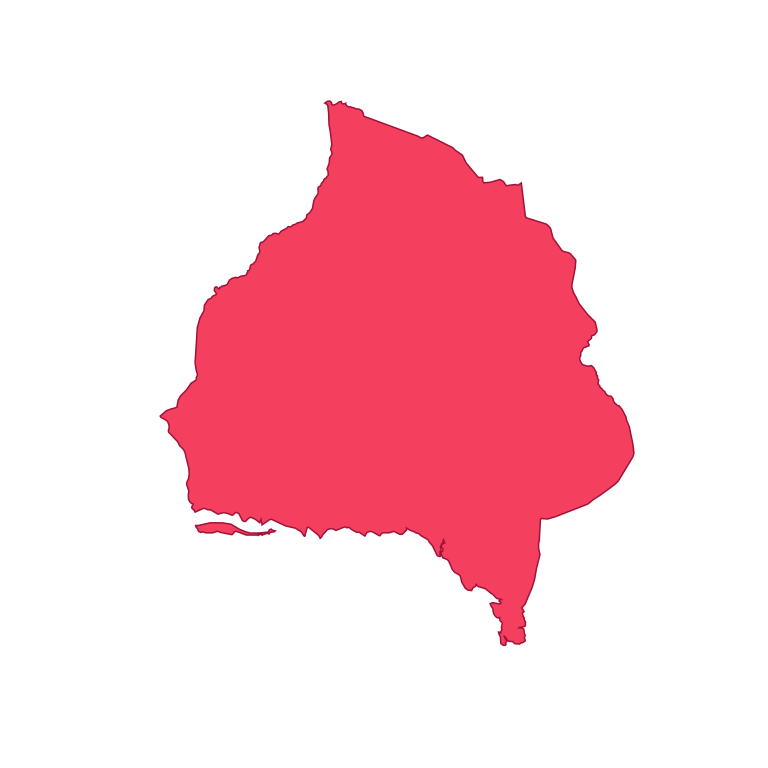 Krakor, Pouthisat, Cambodia (orthographic projection), rotated 164°
{"feature_id": "14789045B13270514327943", "entity_name": "Krakor", "entity_type": "district", "adm_level": 2, "iso_a3": "KHM", "parent_name": "Cambodia", "parent_adm1": "Pouthisat", "projection": "orthographic", "projection_center": [104.201, 12.447], "detail": "fine", "context": "isolated", "style": "filled", "palette": "rose", "viewbox_px": 768, "rotation_deg": 164, "n_neighbors": 0, "source": "geoboundaries", "source_scale": "gbopen_adm2", "svg_char_len": 6161}
<svg xmlns="http://www.w3.org/2000/svg" viewBox="0 0 768 768"><g transform="rotate(164 384 384)"><path d="M600.9,312.9L592.1,314.2L589.9,313.4L588.6,312.0L585.2,310.6L579.6,304.7L573.4,304.5L570.1,302.7L566.2,299.7L565.1,299.8L563.1,301.0L561.2,301.3L559.2,299.3L557.8,291.9L556.6,290.6L555.2,290.0L551.2,292.2L548.7,292.7L545.0,289.4L541.7,284.9L539.6,287.7L540.0,282.2L531.5,285.1L529.5,285.0L517.7,274.7L508.9,269.8L504.4,264.9L503.6,263.0L503.2,261.0L502.5,259.6L501.6,259.8L501.6,260.5L497.3,267.3L495.8,266.8L489.1,257.3L488.2,255.4L487.9,253.2L486.7,253.7L484.3,256.0L482.3,257.3L478.6,259.5L477.0,259.8L473.3,259.1L470.6,256.5L460.9,257.5L459.6,256.1L457.2,255.8L454.9,252.6L451.0,248.9L449.0,248.6L444.3,243.1L441.8,245.7L438.6,246.3L436.2,245.4L430.3,239.4L429.5,239.3L427.9,240.7L426.3,241.3L420.1,239.5L415.1,239.6L410.4,235.2L408.1,234.5L407.3,234.7L402.5,237.4L402.1,239.4L399.0,236.0L395.8,233.7L394.1,231.9L391.9,230.7L390.3,228.1L384.5,222.0L384.0,219.5L382.0,215.0L380.2,204.6L379.2,203.5L377.7,202.7L377.1,203.1L377.0,205.3L376.2,207.7L375.0,208.2L374.6,212.3L371.7,215.1L370.7,215.4L370.3,217.3L369.7,217.9L369.5,214.3L371.2,214.5L373.1,212.9L373.9,211.6L374.0,210.8L372.7,209.5L373.7,207.2L375.6,206.5L375.9,205.3L375.6,201.9L375.2,200.5L372.0,198.2L371.2,197.2L370.6,195.6L369.5,187.2L368.7,185.0L367.9,183.4L364.8,180.4L363.6,178.3L363.9,172.2L362.1,165.1L360.2,162.8L356.7,161.2L355.2,163.3L352.0,164.3L350.4,165.9L350.1,164.5L349.1,163.2L343.0,159.3L339.0,153.5L337.5,152.0L335.4,147.8L334.2,146.3L331.6,145.4L330.6,144.4L332.4,144.3L333.3,143.7L332.5,142.3L331.7,141.8L332.4,140.7L334.2,141.0L339.6,143.8L342.5,143.7L342.4,141.8L341.3,137.6L341.8,135.7L341.8,133.1L341.3,130.7L340.0,128.5L338.7,127.6L337.1,127.6L337.8,124.6L336.2,122.0L336.4,121.0L338.1,118.0L338.6,115.3L340.4,113.1L340.5,112.4L341.1,112.7L341.6,113.8L342.3,114.0L342.4,111.2L341.8,109.1L343.2,102.4L341.4,99.9L339.5,99.4L338.6,99.9L338.5,101.8L337.2,102.5L337.1,103.4L338.1,108.4L337.3,108.1L335.9,103.1L334.7,102.2L331.2,100.8L330.1,98.7L329.1,98.0L325.4,96.7L323.4,97.4L322.4,97.1L320.0,97.7L319.0,98.2L318.8,99.2L319.1,101.0L317.5,103.6L317.8,105.5L317.2,109.8L318.8,111.4L321.4,112.4L320.5,112.7L317.7,112.1L315.4,112.2L314.7,112.7L314.2,114.9L313.6,115.5L314.1,119.5L313.6,120.4L314.3,122.5L314.2,124.6L313.7,126.1L312.1,126.5L313.2,130.8L308.9,133.7L297.7,147.6L293.1,154.7L288.3,164.6L281.1,177.0L280.8,182.7L279.5,187.7L277.8,190.9L271.0,210.6L269.9,211.3L263.8,209.1L255.9,209.2L222.2,212.3L220.4,212.7L214.7,215.2L206.7,217.6L196.8,221.2L188.9,224.3L185.6,226.1L164.9,245.3L163.1,248.0L162.4,250.2L162.6,251.8L162.1,252.3L161.2,259.0L160.0,275.4L160.8,282.3L160.5,285.5L162.2,294.1L164.1,298.4L165.4,298.9L167.5,302.3L168.3,305.4L167.8,306.3L169.2,309.8L171.7,310.7L173.2,312.8L173.9,315.9L175.4,318.0L176.0,319.7L177.2,321.2L177.1,322.9L178.2,324.6L178.0,325.9L176.5,328.6L177.2,331.0L176.5,333.1L177.5,334.8L176.7,336.5L178.0,342.0L179.5,344.5L183.5,345.0L187.8,347.9L188.5,349.4L189.1,353.4L189.0,354.6L187.0,357.2L186.2,360.1L184.3,361.4L182.8,363.3L181.7,363.9L180.1,363.7L179.3,364.1L176.6,364.2L176.0,365.1L176.6,368.6L172.0,370.7L171.3,373.0L168.1,373.3L165.4,375.1L164.8,375.8L164.3,377.6L163.9,385.3L169.0,394.4L174.3,407.4L175.5,414.8L176.5,418.8L176.8,423.1L176.7,425.5L175.7,428.3L168.2,442.8L165.5,450.2L168.8,457.6L170.2,459.2L175.3,462.2L176.2,463.4L181.3,477.7L181.0,487.7L182.4,490.8L184.2,493.2L201.2,504.4L201.8,505.2L201.8,506.7L196.6,539.4L200.4,538.1L202.8,539.6L211.8,540.9L213.3,545.5L216.1,548.6L225.9,548.6L232.7,549.9L233.2,551.4L232.3,555.5L236.5,556.7L244.2,574.1L245.5,582.3L251.1,589.1L252.7,592.1L273.6,611.3L278.4,609.9L280.8,610.4L282.5,612.4L329.7,647.0L329.4,650.2L329.9,652.8L332.4,655.2L335.0,656.2L337.5,658.2L339.2,658.9L339.6,659.6L341.2,660.0L342.9,661.3L343.7,663.5L343.3,664.4L345.0,664.3L346.7,664.8L347.2,665.4L347.1,667.3L349.6,667.5L352.9,666.3L355.5,665.9L356.9,666.8L357.0,669.2L357.8,670.7L359.7,671.3L361.1,671.2L363.5,670.3L362.0,668.9L361.3,667.1L362.6,659.5L365.4,648.3L366.0,641.8L368.1,628.8L370.7,623.8L370.2,622.0L370.5,619.8L371.1,618.8L374.0,616.3L376.0,611.0L379.5,606.4L379.2,603.9L380.1,599.8L381.6,599.2L382.8,597.9L384.2,597.8L385.3,597.2L386.3,595.6L389.0,594.0L390.0,592.1L392.8,591.4L393.5,590.5L394.8,585.3L399.3,581.5L400.8,579.8L404.4,572.5L407.9,569.4L411.7,567.7L412.9,564.9L417.6,562.5L423.4,562.7L425.2,561.9L427.6,562.0L430.3,560.7L432.7,561.7L434.5,560.6L440.9,559.2L443.5,557.3L444.4,557.2L447.1,559.0L449.5,559.0L450.8,558.1L453.8,558.3L461.0,553.9L463.7,554.0L466.5,549.6L466.8,545.7L467.4,544.6L469.8,542.8L473.5,537.4L477.0,535.4L478.5,535.4L479.7,534.7L481.2,531.6L482.2,530.5L484.0,530.3L484.2,528.9L485.0,528.6L486.1,526.8L488.4,526.6L491.7,527.1L495.3,526.4L497.6,527.5L501.1,527.4L504.0,526.4L507.4,522.8L509.6,522.5L512.9,522.8L513.9,522.2L515.5,522.1L515.6,521.4L516.2,520.7L517.1,521.5L517.9,523.3L519.1,523.7L520.4,523.1L521.4,520.6L520.3,517.5L520.5,516.3L523.9,515.8L524.9,515.5L526.5,514.1L529.8,513.6L534.3,509.9L535.0,509.1L536.8,504.1L542.7,498.2L547.9,489.7L559.7,456.6L560.7,449.6L560.7,444.4L562.7,441.7L563.5,439.6L569.3,437.9L575.3,432.9L582.9,428.6L586.2,425.4L589.4,419.1L590.7,418.6L596.2,418.7L600.6,418.3L608.0,414.9L607.6,413.4L603.7,409.6L602.3,407.3L602.0,404.3L602.5,401.3L604.1,398.8L604.3,397.0L598.3,385.5L597.6,381.3L595.0,376.6L594.2,373.7L594.9,356.3L596.1,351.0L598.0,346.9L600.8,343.6L601.4,341.9L601.1,335.1L602.9,330.7L603.7,326.8L603.1,324.0L601.8,322.0L600.7,321.6L600.7,320.7L602.8,318.8L602.8,317.2L601.2,314.9L600.9,312.9ZM600.9,291.8L599.2,291.9L596.4,290.1L590.6,288.4L588.9,288.1L584.6,288.4L581.9,286.3L571.7,281.1L569.6,282.1L568.7,283.2L566.8,283.2L558.0,276.8L548.2,273.9L547.5,273.8L545.9,274.7L546.4,273.2L542.7,273.8L543.2,272.7L542.9,272.3L538.9,272.7L537.4,272.5L535.8,271.5L534.4,272.7L530.0,272.2L529.0,272.8L531.6,274.3L532.4,275.6L534.1,275.6L535.9,273.7L536.8,273.7L545.1,275.2L553.4,277.5L557.7,280.0L563.4,284.6L569.6,291.3L576.9,294.8L585.8,297.5L589.6,298.5L601.6,299.2L604.1,299.9L604.1,298.2L603.1,296.3L603.0,294.0L602.4,292.9L600.9,291.8Z" fill="#f43f5e" stroke="#9f1239" stroke-width="1.5"/></g></svg>